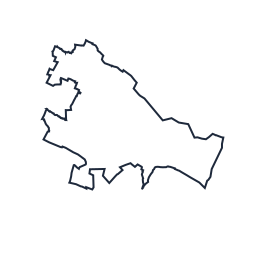 Zinacantepec, México, Mexico, rotated 288°
{"feature_id": "50627088B3393868502774", "entity_name": "Zinacantepec", "entity_type": "district", "adm_level": 2, "iso_a3": "MEX", "parent_name": "Mexico", "parent_adm1": "México", "projection": "mercator", "projection_center": [-99.791, 19.204], "detail": "fine", "context": "isolated", "style": "outline", "palette": "slate", "viewbox_px": 256, "rotation_deg": 288, "n_neighbors": 0, "source": "geoboundaries", "source_scale": "gbopen_adm2", "svg_char_len": 5205}
<svg xmlns="http://www.w3.org/2000/svg" viewBox="0 0 256 256"><g transform="rotate(288 128 128)"><path d="M57.9,89.1L58.5,96.0L57.9,101.1L58.1,102.3L57.5,107.1L58.8,106.6L58.5,113.0L60.9,113.6L72.3,109.5L72.8,105.4L77.0,104.6L81.8,118.4L74.8,118.9L69.9,127.2L78.1,130.8L80.6,132.0L81.0,132.6L86.3,135.8L88.2,132.5L92.2,137.2L95.3,141.3L94.5,143.1L93.2,146.6L96.3,148.4L95.3,153.1L94.8,153.4L92.8,153.5L92.5,155.4L91.3,155.1L90.9,155.7L89.3,155.5L88.0,155.6L84.7,158.0L84.0,157.8L81.1,159.0L79.1,160.4L78.1,160.2L76.9,160.7L76.7,160.2L73.9,160.2L75.1,160.3L75.3,160.6L75.8,160.5L76.3,160.5L76.9,160.8L77.9,160.9L78.4,161.2L79.8,161.7L80.8,162.3L81.7,162.9L82.9,163.8L84.4,163.1L87.6,163.1L90.6,163.8L91.0,163.9L93.7,164.9L95.8,164.8L96.9,165.5L98.7,165.7L99.6,166.6L100.2,168.0L100.6,169.5L100.7,170.5L101.4,173.2L102.6,176.5L103.4,177.2L103.7,177.6L103.9,178.1L103.8,178.5L104.1,180.2L104.1,185.1L103.5,185.2L103.5,185.3L103.3,187.6L103.2,188.4L103.2,190.0L102.6,192.4L101.3,198.4L100.4,202.2L98.2,212.7L94.7,219.6L102.4,219.6L103.4,220.4L107.0,221.5L114.8,220.3L138.2,223.5L141.9,222.3L148.4,221.6L148.1,220.0L148.4,214.0L148.2,213.8L148.5,211.6L148.6,210.3L144.4,207.8L141.4,205.6L140.7,201.6L140.6,197.0L139.4,194.2L150.3,184.1L148.9,174.6L150.8,166.4L146.0,158.7L161.2,134.5L162.4,129.6L163.2,127.9L167.3,121.2L173.8,122.3L175.6,119.3L178.5,115.0L179.0,113.7L179.5,112.1L181.6,105.8L179.9,105.5L180.4,103.5L181.0,101.9L182.2,99.5L182.3,98.8L182.3,98.0L182.3,97.4L182.1,96.1L182.1,95.1L182.2,94.7L182.1,94.1L181.7,93.5L182.3,93.2L182.2,92.8L182.2,92.5L182.1,91.7L182.3,90.9L182.4,87.4L182.4,86.1L183.0,84.8L183.2,84.5L184.2,83.0L184.5,82.7L185.1,82.0L187.4,82.0L187.7,81.9L188.8,82.2L189.1,82.2L189.8,81.0L190.1,80.2L191.2,78.3L191.4,77.9L191.5,77.3L191.6,76.8L192.1,75.9L192.1,75.6L192.5,75.1L194.0,74.6L194.1,74.4L194.3,74.2L194.8,73.7L196.1,72.2L196.5,71.6L196.7,69.4L196.7,68.3L197.6,68.2L197.6,67.1L197.6,66.4L197.7,65.8L197.8,64.3L197.9,63.6L198.1,62.9L198.5,60.9L196.9,61.0L196.2,60.9L195.0,60.8L192.6,60.3L192.4,59.4L192.3,58.6L192.0,58.3L190.9,51.9L189.0,52.8L188.4,52.8L186.5,52.8L186.2,52.7L185.5,52.0L185.3,52.0L184.5,51.5L183.8,51.4L183.3,52.0L183.0,51.8L182.7,51.5L182.3,50.9L182.2,51.0L182.0,50.9L181.9,50.9L182.0,50.7L181.9,50.4L182.0,50.2L181.9,50.1L181.7,50.2L181.4,50.0L181.4,49.9L181.5,49.3L181.4,49.2L181.5,48.9L182.0,48.2L181.8,48.1L181.8,47.9L181.8,47.7L181.6,47.3L181.5,47.2L181.4,47.2L181.1,46.9L181.2,46.6L181.1,46.4L180.9,45.6L181.1,45.4L181.1,45.2L180.7,45.2L181.0,45.0L180.9,44.5L181.0,44.4L181.1,44.1L181.0,43.8L180.8,43.7L180.9,43.4L181.1,42.4L181.4,42.2L181.4,41.7L181.6,41.5L181.7,41.2L182.2,40.8L182.3,40.5L182.3,40.3L182.3,40.2L182.6,40.1L182.6,39.4L182.2,39.0L182.3,38.7L182.7,38.2L182.8,37.9L182.9,37.6L183.1,36.3L183.5,35.7L183.1,35.7L183.2,33.4L181.5,33.3L178.9,33.2L177.9,33.0L177.7,32.7L177.4,32.5L177.1,32.8L173.4,34.2L173.0,37.6L168.8,37.1L168.8,38.3L168.8,38.9L168.9,40.8L159.9,39.0L159.9,35.8L160.1,35.1L157.8,35.0L156.5,34.8L154.1,34.7L154.2,35.2L154.2,36.8L153.7,36.9L153.9,37.4L154.0,37.4L154.2,38.0L145.9,36.6L144.9,43.7L146.6,45.0L147.6,47.4L148.6,50.4L149.1,50.3L149.5,50.2L149.8,50.4L150.3,50.4L150.8,50.0L151.3,50.0L151.7,49.6L151.8,49.7L151.8,49.9L152.2,49.8L152.3,49.7L152.5,49.6L152.5,49.4L153.0,48.8L154.1,48.8L154.2,48.7L154.5,48.7L154.5,49.1L154.8,49.1L154.6,51.6L154.2,55.9L156.6,56.0L156.6,56.4L156.7,56.8L156.7,57.5L156.6,58.5L156.6,58.8L156.2,60.5L156.1,61.2L156.1,62.6L156.1,63.4L154.9,63.4L154.7,65.0L155.0,65.3L155.1,65.5L153.5,65.5L152.2,65.3L149.3,65.2L149.3,66.5L149.2,67.6L149.3,67.6L149.2,68.5L149.0,69.7L147.4,69.7L147.2,70.8L146.8,70.8L146.7,71.9L146.2,71.8L146.4,70.6L146.0,70.5L146.0,69.7L144.6,69.4L142.5,69.4L142.4,68.9L138.6,68.3L137.9,68.1L137.0,68.0L133.6,67.5L131.9,66.9L130.5,66.8L127.6,68.3L126.3,65.0L125.8,63.3L117.2,66.4L116.8,66.6L116.5,66.8L116.4,66.3L116.5,66.2L116.4,66.1L116.6,65.9L116.8,65.5L117.3,65.1L117.4,64.7L117.3,64.4L117.2,64.4L117.3,64.3L117.3,64.2L117.1,64.1L116.9,63.9L116.9,63.6L116.7,63.2L116.9,62.8L116.8,62.5L116.9,62.3L116.9,62.2L117.0,62.1L116.8,61.7L116.9,61.4L116.7,61.5L116.7,61.2L116.9,61.1L116.9,60.9L117.0,60.6L117.0,60.4L117.1,60.0L117.2,59.7L117.4,59.3L117.4,59.1L117.6,59.0L117.6,58.4L117.8,58.4L117.8,58.0L117.9,57.7L118.1,57.1L118.4,56.6L118.4,56.1L117.8,54.8L117.9,54.1L118.1,53.7L118.9,52.8L118.8,52.5L118.8,52.4L118.7,52.3L119.0,51.7L119.0,51.4L119.1,50.8L119.4,50.4L119.5,49.0L119.4,48.9L119.3,48.5L119.4,48.2L119.7,48.2L119.6,47.9L119.7,47.5L120.0,47.2L120.4,45.8L120.7,45.6L120.9,45.5L121.0,45.2L121.1,45.5L121.1,44.8L119.0,44.5L116.1,44.4L113.7,44.2L112.3,43.9L110.3,43.6L110.5,43.9L109.7,45.5L110.0,45.7L109.4,46.2L109.1,46.1L108.4,47.0L106.6,48.4L106.2,49.0L105.9,49.3L105.6,49.7L105.0,51.0L104.6,51.3L104.5,51.6L104.2,51.9L103.8,52.5L103.7,52.5L103.1,52.9L102.8,53.0L102.0,53.2L101.5,53.4L101.3,53.8L101.1,53.8L100.4,54.0L100.3,53.7L99.7,53.1L99.6,52.9L99.6,52.7L91.0,51.2L90.0,57.4L89.1,68.9L89.0,69.6L89.2,71.2L90.1,71.4L89.9,74.8L88.0,83.4L87.4,88.5L86.7,90.7L84.7,96.6L82.7,98.4L80.9,99.1L80.2,99.0L75.9,94.2L74.8,93.9L74.0,93.9L74.8,91.4L75.9,89.4L76.2,88.4L75.9,87.9L68.0,88.2L64.3,88.9L59.4,89.3L57.9,89.1Z" fill="none" stroke="#1e293b" stroke-width="2"/></g></svg>